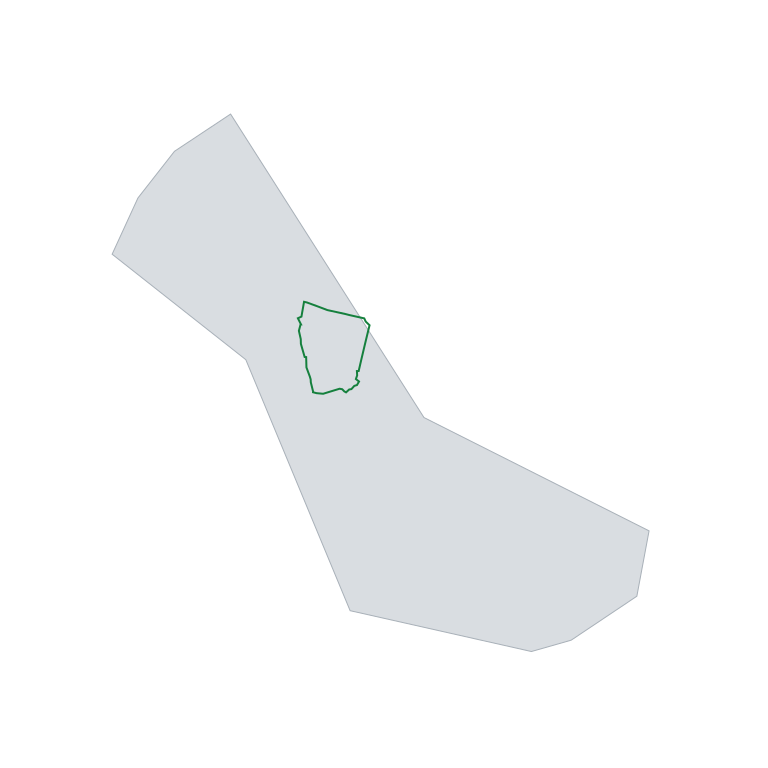 location of Barrigada, Guam, rotated 283°
{"feature_id": "77769853B91363375193449", "entity_name": "Barrigada", "entity_type": "district", "adm_level": 2, "iso_a3": "GUM", "parent_name": "Guam", "parent_adm1": "", "projection": "orthographic", "projection_center": [144.805, 13.478], "detail": "fine", "context": "in_parent", "style": "outline", "palette": "green", "viewbox_px": 768, "rotation_deg": 283, "n_neighbors": 0, "source": "geoboundaries", "source_scale": "gbopen_adm2", "svg_char_len": 935}
<svg xmlns="http://www.w3.org/2000/svg" viewBox="0 0 768 768"><g transform="rotate(283 384 384)"><path d="M300.5,675.3L234.1,678.1L176.5,624.0L156.5,587.8L155.5,402.0L376.6,243.9L449.3,89.9L509.9,102.4L563.6,127.5L612.5,173.8L360.3,430.5L300.5,675.3Z" fill="#d9dde1" stroke="#a8b0b8" stroke-width="1"/><path d="M360.0,316.7L359.9,320.4L360.8,326.9L364.1,332.6L365.6,335.2L369.4,341.8L369.5,344.5L367.9,346.9L367.3,348.9L370.8,351.3L371.7,353.4L375.5,355.5L376.9,357.9L380.8,359.1L382.5,355.5L386.4,355.9L390.5,354.7L390.9,356.4L399.4,356.4L403.7,356.4L420.7,356.5L438.0,356.7L440.5,352.5L441.0,351.9L443.5,350.0L443.4,334.5L443.5,330.7L443.3,313.0L443.3,312.1L444.8,301.0L446.1,290.5L446.1,287.6L431.1,288.4L428.7,285.3L423.4,289.7L423.3,289.3L416.7,289.1L409.0,292.8L404.4,294.0L392.5,300.6L392.7,302.1L382.7,304.7L374.5,310.1L372.0,311.5L369.2,312.3L360.7,316.6L360.0,316.7Z" fill="none" stroke="#15803d" stroke-width="2"/></g></svg>